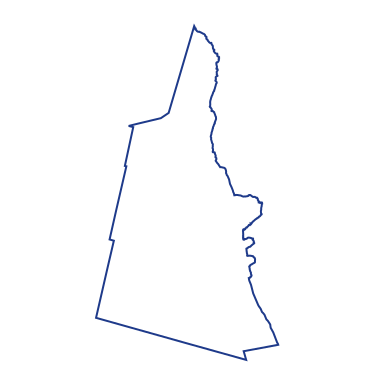 Belgrano, Santa Fe, Argentina, rotated 182°
{"feature_id": "61730980B4652577007654", "entity_name": "Belgrano", "entity_type": "district", "adm_level": 2, "iso_a3": "ARG", "parent_name": "Argentina", "parent_adm1": "Santa Fe", "projection": "equal_earth", "projection_center": [-61.815, -32.699], "detail": "fine", "context": "isolated", "style": "outline", "palette": "blue", "viewbox_px": 384, "rotation_deg": 182, "n_neighbors": 0, "source": "geoboundaries", "source_scale": "gbopen_adm2", "svg_char_len": 6046}
<svg xmlns="http://www.w3.org/2000/svg" viewBox="0 0 384 384"><g transform="rotate(182 192 192)"><path d="M283.5,62.9L193.2,40.9L132.0,26.1L134.8,34.7L100.5,42.3L100.8,43.2L101.7,44.6L105.9,54.5L108.6,59.0L108.8,59.8L109.2,62.3L109.8,63.2L111.8,66.0L113.2,67.3L115.3,71.9L116.8,73.6L117.5,74.2L117.9,74.6L119.2,77.5L120.4,79.2L120.9,79.7L121.9,81.3L127.3,92.8L129.8,101.3L131.6,105.3L132.0,106.7L132.2,107.9L131.9,107.9L131.6,108.3L130.9,108.5L130.6,109.3L130.2,109.3L129.9,109.9L129.7,110.1L129.6,110.4L129.6,110.7L129.8,110.9L129.8,111.4L130.2,112.0L130.3,112.3L130.3,113.5L130.5,113.9L131.1,114.8L131.2,115.6L131.4,115.9L131.6,116.3L131.6,117.2L131.8,117.7L132.0,119.0L132.2,119.3L132.2,119.6L131.8,120.1L131.5,120.2L131.4,120.7L130.7,121.3L130.0,121.7L129.7,121.8L129.3,122.2L126.9,123.6L126.6,124.2L126.7,125.2L126.6,126.7L126.8,127.7L127.1,128.3L127.4,128.7L127.8,128.7L128.4,129.3L128.6,129.8L128.9,130.0L131.0,130.3L132.0,130.4L134.3,130.1L134.7,130.3L134.6,131.8L134.9,132.5L135.1,133.1L135.1,133.9L135.4,134.9L135.4,135.4L135.7,137.2L135.5,137.5L134.8,137.7L134.5,137.9L133.9,138.6L133.3,139.0L132.8,139.1L132.4,139.3L132.0,139.3L131.7,139.5L131.2,140.1L131.0,140.4L129.2,142.0L128.5,142.5L128.2,142.8L128.0,143.1L128.2,143.6L128.6,144.0L128.4,144.3L128.7,145.3L128.9,145.6L129.7,146.4L129.3,147.0L129.3,147.3L129.4,147.6L129.6,147.6L130.5,147.7L131.0,148.0L131.5,148.0L132.3,148.3L133.8,148.4L134.7,148.2L135.5,147.4L136.5,146.9L136.9,146.8L137.6,146.9L137.9,146.4L138.3,146.1L138.9,146.2L139.3,147.0L139.1,147.4L139.1,147.8L139.4,148.3L139.2,148.9L139.3,149.4L139.5,149.8L139.3,150.4L139.3,151.1L139.4,151.6L139.4,152.3L139.5,152.8L139.5,154.0L139.7,154.7L139.7,155.0L139.4,155.3L139.4,155.6L139.6,156.0L139.5,156.3L139.3,156.5L138.8,156.2L138.4,156.1L137.9,156.4L137.5,156.8L137.6,157.3L137.3,157.6L136.6,158.1L136.4,158.5L135.8,158.5L135.7,158.7L135.5,159.1L134.7,159.8L134.1,160.9L133.9,161.1L133.7,161.1L133.0,160.9L132.5,161.4L132.2,161.6L132.4,162.4L132.4,162.6L132.0,162.4L131.5,162.5L131.1,163.1L130.9,163.7L130.2,164.3L130.0,164.6L129.8,164.9L129.3,165.2L127.8,166.7L127.1,167.2L126.9,167.4L126.5,167.5L125.7,168.5L124.7,168.7L124.5,169.0L124.2,169.7L123.2,170.2L122.9,170.6L122.5,171.4L121.8,171.8L121.6,172.1L121.6,172.4L122.2,172.9L122.4,174.4L122.5,175.4L122.2,176.6L122.3,177.3L122.2,178.7L122.2,179.0L121.8,180.6L121.9,181.0L121.9,181.5L121.7,182.4L121.5,182.6L121.6,182.9L121.5,183.3L121.6,183.6L121.7,183.9L122.1,184.0L123.1,183.5L123.6,183.4L123.8,183.7L124.2,183.8L124.1,184.4L124.3,184.5L124.7,184.1L125.0,184.0L125.3,185.3L125.3,185.6L125.9,186.2L126.0,186.6L125.9,186.7L126.1,187.6L126.7,188.4L126.9,188.4L127.1,188.6L127.3,188.6L127.6,188.4L128.2,188.9L129.0,189.3L129.5,189.3L130.6,189.2L130.9,189.2L131.4,189.6L131.8,189.7L133.4,190.9L133.7,191.0L134.6,191.0L135.0,190.7L135.3,190.7L135.5,190.1L137.0,189.6L137.7,189.6L138.7,189.3L139.4,189.4L140.3,189.2L141.3,189.4L142.1,189.7L142.4,189.8L143.1,190.2L144.1,190.3L145.2,190.4L146.2,190.6L148.3,190.6L148.7,190.3L149.6,190.2L150.1,192.1L150.8,193.4L151.2,194.9L152.7,198.3L154.3,201.4L155.4,205.9L157.1,209.4L157.8,210.1L158.2,211.3L158.7,212.2L158.6,212.7L158.6,213.5L158.8,214.6L159.3,216.0L160.0,216.9L160.7,217.3L164.0,217.9L164.7,217.8L166.9,221.0L167.7,221.7L169.4,224.0L169.4,224.4L169.2,224.7L168.8,225.5L168.8,226.2L168.9,226.8L169.7,227.4L169.8,228.0L169.6,228.4L169.6,229.1L169.8,229.7L170.3,230.7L170.6,232.0L170.7,232.3L171.3,232.5L172.2,232.4L172.6,232.6L172.7,233.0L172.7,233.3L172.5,233.9L172.4,234.6L172.6,235.9L172.9,236.3L173.0,236.8L172.8,238.1L172.9,239.1L172.8,240.2L173.0,240.8L173.3,241.3L173.6,241.6L174.2,243.7L174.8,245.4L174.7,246.8L174.8,247.1L175.1,247.5L175.2,247.9L175.2,248.3L174.6,250.7L174.5,252.2L174.3,252.7L173.8,254.4L173.8,254.8L173.7,255.2L173.7,255.5L173.3,256.1L173.4,256.4L173.3,257.2L173.1,257.9L172.7,258.7L172.4,260.0L172.0,260.7L171.8,260.9L171.6,261.3L171.6,261.6L171.8,261.8L171.5,262.5L171.5,262.8L170.5,265.7L170.5,265.9L170.7,267.9L171.1,268.5L171.7,270.2L172.5,272.0L172.7,272.3L172.7,272.6L173.4,273.0L173.6,273.3L174.2,273.7L174.4,273.8L174.9,273.5L175.2,273.6L175.4,273.7L175.4,273.9L175.2,274.2L175.1,274.7L175.3,275.7L176.3,277.0L176.8,277.3L177.0,277.6L177.2,277.9L177.2,278.0L176.8,278.3L176.9,279.2L176.8,280.1L176.9,280.9L176.9,281.7L177.0,282.1L177.0,282.7L176.8,284.2L176.4,285.5L176.2,286.7L175.9,287.4L175.8,288.1L175.5,288.8L175.4,288.9L175.1,289.6L174.9,290.4L174.5,291.3L174.4,292.1L173.7,293.5L173.4,293.7L173.3,294.0L173.4,294.5L172.9,295.8L172.4,298.0L172.1,299.0L171.8,300.7L171.4,301.3L171.1,302.0L171.3,302.8L171.7,303.4L172.5,304.0L172.5,304.4L172.0,305.6L172.1,306.1L172.3,306.6L172.3,307.6L171.8,308.3L171.0,308.7L170.6,309.0L170.8,309.6L171.4,310.4L171.4,310.6L171.3,311.4L171.5,312.3L171.5,313.1L171.2,313.6L170.6,314.5L170.6,315.0L170.8,315.7L170.9,315.8L171.8,315.9L171.9,316.0L171.7,316.9L171.5,317.2L171.4,318.0L171.5,318.4L172.0,320.0L172.2,321.5L172.1,322.1L171.9,322.3L171.7,322.5L171.0,322.5L170.7,322.8L170.5,323.0L170.0,323.9L169.8,324.4L169.8,325.4L169.7,325.7L170.0,325.8L169.9,326.4L169.7,327.4L169.6,327.7L169.9,328.1L170.7,328.3L171.3,328.6L171.5,329.2L171.4,330.3L171.6,331.1L172.5,331.1L173.2,331.4L174.0,332.0L175.0,333.3L175.1,333.5L175.2,333.8L175.1,334.1L174.7,334.4L174.6,334.7L175.0,335.2L175.7,335.6L175.9,335.9L176.1,336.5L176.3,338.7L176.7,339.4L177.4,340.0L177.6,340.4L177.7,341.4L177.9,341.7L178.6,341.6L179.1,341.6L179.9,342.1L180.1,342.3L180.8,343.2L181.5,343.8L181.7,344.1L181.8,344.8L182.6,345.3L183.0,345.6L183.1,346.1L182.9,347.1L182.9,347.4L183.0,347.6L183.4,347.9L183.7,347.9L184.1,348.2L184.6,349.6L185.8,350.5L186.4,350.6L187.0,350.9L187.9,351.4L188.7,351.7L189.0,352.0L189.8,352.1L190.4,352.5L191.2,352.3L191.6,352.4L192.6,352.9L193.4,354.0L194.0,354.3L194.3,354.5L194.3,354.8L194.0,355.4L194.0,355.6L195.0,356.3L195.2,357.2L195.6,357.9L218.1,270.2L225.7,264.7L249.6,258.1L257.6,255.8L253.0,254.8L260.0,215.7L258.5,215.4L267.3,170.2L272.7,141.7L268.4,140.6L273.9,112.6L283.5,62.9Z" fill="none" stroke="#1e3a8a" stroke-width="2"/></g></svg>